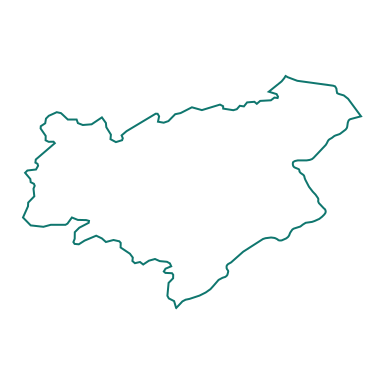 the Unitary District of Scottish Borders
{"feature_id": "GBR-2026", "entity_name": "Scottish Borders", "entity_type": "Unitary District", "adm_level": 1, "iso_a3": "GBR", "parent_name": "United Kingdom", "parent_adm1": "", "projection": "equal_earth", "projection_center": [-2.709, 55.532], "detail": "fine", "context": "isolated", "style": "outline", "palette": "teal", "viewbox_px": 384, "rotation_deg": 0, "n_neighbors": 0, "source": "natural_earth", "source_scale": "10m", "svg_char_len": 2959}
<svg xmlns="http://www.w3.org/2000/svg" viewBox="0 0 384 384"><path d="M361.0,116.3L350.9,119.0L349.6,119.5L348.6,120.5L347.8,122.6L347.2,126.8L346.7,128.2L345.6,129.6L340.1,133.8L339.0,134.3L335.4,135.5L334.2,136.1L331.9,137.9L329.8,139.1L328.8,139.8L327.9,141.0L326.9,143.1L325.8,144.9L313.6,157.8L312.0,159.1L309.8,159.9L306.6,160.4L297.8,160.4L295.0,161.0L293.9,161.6L293.0,162.3L292.8,163.7L292.9,164.9L293.2,165.9L293.7,166.7L294.5,167.4L298.1,168.9L299.0,169.4L299.4,170.4L299.5,171.5L300.1,172.4L300.8,173.1L303.5,175.0L304.1,175.9L304.4,176.8L304.6,177.8L305.3,179.7L309.0,186.8L312.7,191.6L315.6,194.7L317.9,198.0L318.3,198.9L318.3,199.7L318.3,200.2L318.2,200.6L318.2,201.4L318.5,202.2L318.9,203.1L323.9,208.4L324.7,209.0L325.3,209.9L325.6,210.8L325.7,211.9L325.3,213.1L324.3,214.5L322.1,216.7L319.3,218.9L314.6,221.0L312.0,221.9L305.7,222.8L302.8,224.6L300.4,226.5L293.8,228.6L292.4,229.5L290.9,231.6L290.0,233.1L289.1,235.5L288.0,237.0L286.2,238.4L281.7,240.4L279.8,240.5L278.4,240.2L277.6,239.4L275.5,238.3L274.2,237.9L271.1,237.5L265.5,238.2L263.0,239.0L243.2,251.7L231.1,262.4L228.1,264.1L227.2,265.0L226.6,266.1L226.6,268.1L227.1,269.3L227.7,270.1L228.1,270.8L228.2,271.5L228.0,272.5L227.4,274.8L226.6,275.9L225.3,276.9L222.5,277.8L218.6,279.9L213.3,286.0L210.5,289.1L205.7,292.5L199.5,295.6L189.5,298.9L185.6,299.7L182.4,301.4L176.2,308.0L176.1,307.9L174.1,301.1L168.8,298.4L167.4,295.8L168.6,282.9L173.1,278.3L173.2,274.8L172.0,273.2L165.4,272.9L163.8,271.5L165.5,268.7L171.2,266.3L169.9,263.4L167.0,261.8L159.7,261.1L155.0,259.0L148.9,260.7L143.2,264.5L140.0,262.0L134.9,263.2L132.4,261.0L132.8,257.6L129.9,253.7L120.6,247.5L120.7,242.9L119.3,241.3L113.5,240.0L105.9,242.0L101.9,238.4L96.2,235.7L84.6,240.6L78.8,244.3L74.6,243.9L73.4,242.1L74.7,238.8L74.8,232.2L79.3,227.7L88.7,222.8L89.0,220.9L86.2,220.1L77.8,219.9L71.9,217.5L67.5,223.6L65.5,224.8L50.8,224.8L43.4,226.8L30.7,225.4L23.0,217.5L28.0,206.3L28.2,202.6L34.3,196.3L33.5,188.7L34.7,185.8L33.9,183.8L30.7,182.2L30.3,179.0L25.1,172.8L27.4,170.5L36.0,169.5L38.1,165.8L37.5,163.8L35.4,162.6L35.8,159.5L54.8,143.2L53.5,141.7L48.6,141.8L45.6,140.3L45.7,135.9L40.6,128.5L40.8,126.2L45.2,123.3L46.0,118.6L48.8,115.8L54.8,113.1L56.7,112.2L60.9,113.1L62.6,114.6L67.8,119.5L76.6,119.5L77.9,123.1L82.8,125.0L91.6,124.3L101.9,117.4L105.9,123.0L106.3,127.2L110.9,134.6L110.5,139.2L115.9,142.1L122.1,140.2L122.8,138.2L121.6,135.4L126.5,131.2L155.7,113.7L157.6,113.8L159.1,116.3L158.0,121.7L163.7,122.7L168.4,121.1L175.2,114.2L180.5,113.1L182.9,111.9L191.9,107.3L201.9,110.1L220.0,104.6L223.1,106.2L223.2,108.6L233.3,110.2L236.8,109.2L239.8,105.8L243.9,106.4L247.1,102.4L254.4,101.8L256.8,103.8L260.2,100.9L270.9,100.3L274.4,97.6L277.6,98.0L278.0,96.7L276.6,94.1L268.8,91.7L281.6,81.4L284.4,78.0L284.5,77.7L285.6,76.0L287.7,77.2L297.3,80.8L333.2,85.7L335.1,86.4L336.4,88.6L336.7,91.2L337.2,93.2L339.0,94.0L343.8,95.4L348.1,98.8L361.0,116.3Z" fill="none" stroke="#0f766e" stroke-width="2"/></svg>